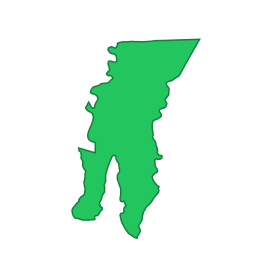 outline of Maracanã, Pará, Brazil, rotated 195°
{"feature_id": "56859067B55214548795281", "entity_name": "Maracanã", "entity_type": "district", "adm_level": 2, "iso_a3": "BRA", "parent_name": "Brazil", "parent_adm1": "Pará", "projection": "natural_earth1", "projection_center": [-47.491, -0.804], "detail": "fine", "context": "isolated", "style": "filled", "palette": "green", "viewbox_px": 256, "rotation_deg": 195, "n_neighbors": 0, "source": "geoboundaries", "source_scale": "gbopen_adm2", "svg_char_len": 4099}
<svg xmlns="http://www.w3.org/2000/svg" viewBox="0 0 256 256"><g transform="rotate(195 128 128)"><path d="M160.1,207.1L159.5,204.9L160.7,202.3L162.0,201.7L163.2,202.1L165.0,202.3L166.0,201.5L167.5,200.4L167.6,198.5L166.5,197.2L165.4,196.5L164.4,195.8L162.2,195.7L159.8,195.8L158.2,194.8L157.2,192.6L156.5,191.2L156.2,189.2L157.4,188.3L158.7,188.0L161.6,188.1L163.8,187.7L164.1,185.8L163.3,183.7L161.8,181.5L160.9,179.6L161.3,177.9L162.2,176.8L162.8,175.0L162.1,173.9L160.3,173.5L158.7,174.0L157.4,174.1L155.3,171.8L156.6,170.4L157.4,169.2L158.0,167.9L159.0,166.6L160.5,165.6L162.1,165.2L164.8,164.2L166.2,162.9L166.9,161.9L167.9,161.1L171.6,158.9L172.5,158.0L173.4,155.5L173.6,152.7L172.3,151.9L169.9,151.9L168.6,151.8L166.5,151.1L165.0,149.5L164.6,148.1L164.7,146.8L165.6,144.0L165.9,141.4L165.4,139.5L166.6,138.2L167.8,138.2L169.0,138.9L172.7,142.8L173.4,139.7L174.2,136.4L172.4,134.9L170.3,133.8L168.5,133.7L166.6,133.2L164.6,130.4L164.1,128.8L164.0,127.0L163.9,124.8L164.1,122.0L164.6,119.5L164.9,117.0L165.1,114.7L165.2,112.2L164.9,110.1L163.9,107.9L163.0,107.0L161.3,106.0L159.8,105.6L157.6,105.5L155.7,105.3L153.3,95.5L170.4,95.9L169.5,93.4L167.4,92.5L166.1,89.8L165.6,86.7L164.4,85.6L163.3,84.5L162.6,82.4L162.2,80.4L161.2,78.6L160.1,77.3L158.2,76.0L157.4,73.8L157.6,72.3L156.8,69.7L156.4,66.4L156.7,64.7L155.7,62.3L154.7,60.0L153.6,58.1L153.4,56.3L153.2,54.4L153.1,52.6L153.7,51.5L154.5,50.5L155.7,49.1L156.5,47.0L157.0,45.6L156.4,44.0L157.8,42.6L158.7,40.3L159.4,38.9L160.5,36.4L160.8,34.6L160.5,33.2L159.9,32.0L159.4,30.7L158.0,28.9L156.4,27.5L154.8,27.3L153.0,27.6L151.8,27.6L149.7,27.4L148.4,27.4L146.9,27.6L145.8,27.9L144.0,28.4L142.0,28.9L140.3,29.7L139.0,30.1L137.4,30.4L136.3,31.4L137.3,33.0L136.7,34.9L135.4,35.2L134.3,36.3L133.6,38.0L133.3,40.2L132.2,41.9L131.7,43.2L132.5,44.6L134.7,45.0L135.0,46.6L136.2,48.2L135.6,50.6L135.3,53.5L135.5,55.1L135.2,56.6L134.7,58.5L134.1,60.2L134.6,61.8L134.9,63.8L136.2,66.6L136.1,69.1L135.8,71.0L136.5,73.1L136.9,74.7L137.5,77.4L137.4,84.2L137.0,88.7L136.8,91.0L136.3,93.8L135.9,96.6L134.9,97.7L133.3,98.0L132.0,96.8L131.7,95.3L130.5,93.6L129.1,92.4L127.9,91.3L127.3,90.2L126.6,88.5L126.2,87.2L125.6,86.1L125.0,84.5L124.8,83.2L125.4,82.0L126.0,80.3L125.7,78.1L125.0,75.8L124.0,74.3L122.8,72.7L121.5,70.5L120.2,68.9L119.5,67.6L118.9,66.1L118.4,64.0L118.0,62.7L117.7,61.2L117.6,59.9L117.4,57.8L116.6,55.9L115.4,55.2L114.2,55.4L113.2,56.3L112.0,55.4L111.1,53.6L109.7,52.3L110.7,50.9L111.2,49.4L110.8,47.7L110.2,45.9L111.1,44.1L112.5,43.9L113.2,42.3L112.5,40.5L111.6,38.7L110.6,36.9L109.7,35.5L108.7,34.2L107.6,33.2L106.0,31.4L104.4,29.9L103.3,28.8L102.1,27.9L100.7,26.6L98.9,25.8L97.1,25.4L95.3,24.6L93.8,24.1L92.4,23.9L90.8,23.8L90.8,26.0L90.3,27.4L89.8,29.1L89.4,31.4L89.9,32.7L91.0,34.2L92.4,35.4L92.1,37.5L91.6,39.1L91.3,40.6L90.6,42.4L90.9,44.0L91.1,45.7L91.3,47.8L91.3,49.5L91.2,51.6L90.5,53.4L90.3,54.8L89.7,56.5L88.7,58.4L87.6,59.7L87.0,61.2L86.4,62.5L85.8,64.0L85.4,65.5L84.9,67.3L84.2,68.7L83.5,70.2L82.5,72.2L81.8,74.0L82.1,75.8L83.2,77.6L82.8,79.2L85.4,80.3L87.2,81.6L88.2,82.4L89.4,83.3L90.5,84.5L91.7,86.3L92.1,87.7L91.4,89.3L90.3,91.0L88.2,93.4L88.8,95.3L89.8,96.4L90.9,97.0L92.4,99.3L92.8,100.8L93.7,103.1L93.6,104.6L92.5,105.6L91.0,105.5L88.6,106.4L87.4,108.1L88.2,110.1L89.9,109.8L91.7,110.1L93.5,111.7L93.6,114.1L94.4,115.5L95.4,117.4L96.7,118.6L97.0,120.2L98.3,122.2L99.7,123.3L100.8,124.0L102.0,125.6L102.0,128.3L102.8,130.2L103.8,132.4L104.5,134.0L105.0,135.7L105.3,137.1L105.8,139.0L105.5,141.7L102.0,144.3L99.1,147.3L99.2,149.6L100.1,150.4L101.6,151.7L102.4,153.1L101.9,154.5L99.5,156.1L98.0,157.0L96.9,158.5L96.8,161.8L98.4,163.3L99.6,165.3L98.1,168.5L97.5,170.0L97.4,171.5L98.1,174.1L98.2,175.5L99.0,177.3L101.1,178.6L101.8,179.6L102.6,181.1L102.1,182.5L100.1,184.0L98.9,184.5L97.5,185.6L96.3,187.2L94.8,189.0L92.8,190.8L91.4,193.9L91.2,195.7L84.5,222.0L81.8,232.2L101.0,226.4L112.1,223.0L124.9,219.2L128.0,217.8L135.9,215.1L138.7,214.4L140.4,214.1L142.7,213.4L145.3,212.9L147.0,212.5L148.8,212.0L150.5,211.1L152.8,210.5L155.0,210.0L157.7,208.7L160.1,207.1Z" fill="#22c55e" stroke="#15803d" stroke-width="1.5"/></g></svg>